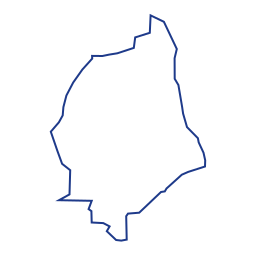 outline of Dogondoutchi, Dosso, Niger
{"feature_id": "23599985B71800364259973", "entity_name": "Dogondoutchi", "entity_type": "district", "adm_level": 2, "iso_a3": "NER", "parent_name": "Niger", "parent_adm1": "Dosso", "projection": "orthographic", "projection_center": [4.132, 13.975], "detail": "fine", "context": "isolated", "style": "outline", "palette": "blue", "viewbox_px": 256, "rotation_deg": 0, "n_neighbors": 0, "source": "geoboundaries", "source_scale": "gbopen_adm2", "svg_char_len": 727}
<svg xmlns="http://www.w3.org/2000/svg" viewBox="0 0 256 256"><path d="M88.6,209.1L91.4,211.1L91.7,222.5L103.3,223.1L109.6,226.4L106.8,231.2L116.1,240.0L121.3,240.6L126.7,239.6L126.2,216.2L128.0,213.6L139.2,212.7L161.0,192.0L164.8,191.4L166.5,188.5L181.8,174.7L188.2,171.9L205.0,166.5L205.2,160.3L203.5,152.7L198.7,142.4L197.9,138.2L187.0,127.1L183.1,113.6L182.1,106.8L178.4,85.0L174.7,78.8L174.6,58.2L176.8,49.0L163.9,21.8L150.6,15.4L149.8,32.8L135.2,37.4L133.8,47.9L117.3,53.3L109.2,54.6L102.4,56.0L92.1,55.9L92.2,58.6L82.4,69.5L73.2,82.5L66.4,95.5L63.4,107.1L62.7,115.4L58.9,122.3L50.8,131.7L57.5,151.2L62.1,163.8L70.2,170.2L69.5,194.4L59.0,200.2L91.7,200.8L88.6,209.1Z" fill="none" stroke="#1e3a8a" stroke-width="2"/></svg>